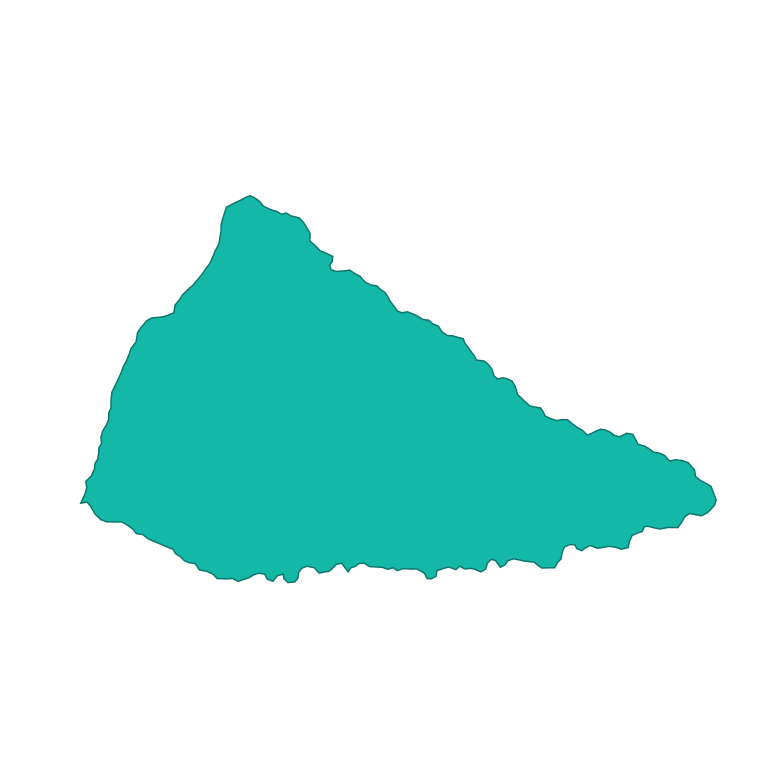 outline of Getulina, São Paulo, Brazil, rotated 173°
{"feature_id": "56859067B55515932060106", "entity_name": "Getulina", "entity_type": "district", "adm_level": 2, "iso_a3": "BRA", "parent_name": "Brazil", "parent_adm1": "São Paulo", "projection": "mercator", "projection_center": [-50.049, -21.812], "detail": "fine", "context": "isolated", "style": "filled", "palette": "teal", "viewbox_px": 768, "rotation_deg": 173, "n_neighbors": 0, "source": "geoboundaries", "source_scale": "gbopen_adm2", "svg_char_len": 3732}
<svg xmlns="http://www.w3.org/2000/svg" viewBox="0 0 768 768"><g transform="rotate(173 384 384)"><path d="M109.8,205.7L105.2,210.8L101.8,215.4L96.6,218.2L92.3,216.9L85.3,214.6L79.4,216.4L75.4,219.3L70.5,223.7L68.5,228.6L70.1,235.2L71.9,242.5L76.9,246.4L81.5,249.5L86.1,254.2L86.2,260.8L91.6,268.8L97.3,271.7L104.0,273.3L110.0,272.7L114.1,278.8L118.6,281.7L124.7,283.4L129.0,287.6L132.8,290.5L139.2,293.2L141.3,299.0L143.2,303.7L149.0,305.5L156.2,303.0L161.0,304.4L165.2,308.5L170.0,311.4L174.5,312.7L179.3,311.4L184.1,309.7L188.3,308.5L192.8,313.9L198.1,317.8L201.9,321.5L206.2,326.2L212.1,327.0L216.9,326.6L223.2,329.5L227.8,332.4L229.5,337.1L231.6,341.2L236.9,342.7L242.1,344.6L248.2,351.7L252.8,357.5L254.0,365.3L256.5,371.2L261.5,374.4L265.5,375.7L270.6,375.1L273.7,378.5L275.3,386.1L278.7,391.5L282.0,394.7L289.4,396.4L290.9,401.1L293.4,405.0L296.3,410.5L298.9,414.9L299.8,419.3L305.0,421.3L310.2,423.5L315.4,424.4L320.2,429.0L323.1,434.9L328.5,437.9L331.9,441.9L337.6,443.3L342.3,447.2L347.3,450.3L352.0,452.8L357.7,452.5L361.6,454.7L364.7,460.0L368.3,466.4L369.7,470.6L372.2,475.1L376.3,478.6L379.3,482.4L384.5,483.7L389.3,486.6L392.4,490.1L394.6,493.8L399.4,497.1L404.4,501.3L410.7,501.1L418.0,501.6L422.5,503.9L423.6,508.3L420.5,511.7L419.3,516.9L424.8,520.4L430.9,523.7L435.1,529.3L440.2,534.9L439.0,542.3L441.8,549.1L444.2,554.1L447.8,559.1L456.0,562.3L460.4,565.8L464.6,564.7L469.8,568.6L474.4,570.4L478.0,572.6L482.1,575.3L485.0,580.1L489.6,584.5L494.1,587.2L498.6,586.0L503.6,584.0L509.7,582.1L518.8,578.7L521.5,573.1L524.4,566.7L526.2,562.0L527.1,555.8L528.9,549.6L530.3,544.5L532.6,540.4L535.5,536.5L538.6,530.6L542.3,524.8L548.7,518.1L552.1,514.2L557.3,509.4L561.8,505.2L565.6,502.7L573.3,496.9L576.2,493.2L581.9,487.6L583.9,480.3L589.9,478.6L595.0,477.6L599.2,477.6L606.4,477.9L611.6,475.9L614.8,472.9L619.0,469.1L622.5,464.7L624.8,456.2L630.7,450.0L633.2,444.9L635.4,440.8L637.7,437.1L640.4,433.4L643.5,427.3L647.2,421.2L650.8,415.6L655.1,409.0L656.6,402.7L658.0,393.2L660.7,389.1L661.5,382.4L664.4,377.3L669.2,371.2L671.4,365.6L671.6,359.2L674.8,355.3L675.5,350.3L677.3,344.4L680.5,340.3L681.9,334.6L685.9,328.1L691.8,323.7L691.7,317.5L694.3,311.0L699.5,302.7L693.2,302.9L690.4,299.1L688.4,294.2L686.3,289.6L681.6,283.9L676.0,281.0L668.6,280.0L661.0,279.0L655.7,275.0L650.4,270.0L648.3,265.8L641.7,263.9L636.9,259.0L631.3,255.7L624.7,252.0L618.6,248.4L613.5,245.6L611.6,241.0L607.1,237.3L603.7,233.0L599.1,230.3L593.4,228.8L589.9,222.0L582.6,219.6L576.7,215.9L573.3,211.2L567.4,210.3L563.2,209.6L558.4,209.5L552.7,205.9L548.0,206.9L541.9,208.1L536.7,210.4L531.4,211.5L525.6,209.8L523.6,204.5L518.3,201.7L512.9,206.9L507.1,207.4L507.1,203.0L503.5,198.6L496.6,198.4L493.1,201.8L491.6,207.4L488.0,211.2L482.7,212.5L475.5,210.1L471.4,204.2L465.9,204.7L461.7,204.7L458.1,206.9L453.3,210.8L447.8,211.2L445.2,206.5L442.4,201.8L439.3,205.6L435.0,206.4L430.4,209.0L425.4,208.4L420.5,204.5L414.3,203.4L407.8,202.2L402.8,199.6L397.4,200.6L393.8,197.2L387.2,198.4L379.2,196.9L374.5,196.6L370.8,194.2L366.8,191.0L365.0,185.7L360.9,184.9L355.9,186.7L354.3,192.2L348.2,193.5L342.1,194.5L335.3,191.0L331.2,194.0L326.5,190.6L320.9,190.5L316.5,189.1L310.8,185.7L305.7,187.9L303.2,193.6L298.9,196.9L294.8,195.2L290.9,187.9L285.5,190.0L282.6,193.6L276.7,194.7L270.6,192.7L266.2,191.1L261.9,190.1L256.5,188.8L253.1,185.0L249.7,182.1L243.1,181.5L237.0,180.8L233.7,185.4L229.5,188.9L227.8,195.0L224.8,200.3L219.4,202.0L214.2,201.1L212.6,196.9L208.1,194.5L204.2,196.7L199.0,198.6L191.9,194.9L185.4,195.2L180.5,195.5L174.5,193.9L168.4,191.1L161.6,191.9L159.6,197.8L156.2,203.5L149.6,205.4L145.5,206.2L142.9,210.8L138.7,210.4L133.1,208.2L127.6,206.4L119.7,207.0L109.8,205.7Z" fill="#14b8a6" stroke="#0f766e" stroke-width="1.5"/></g></svg>